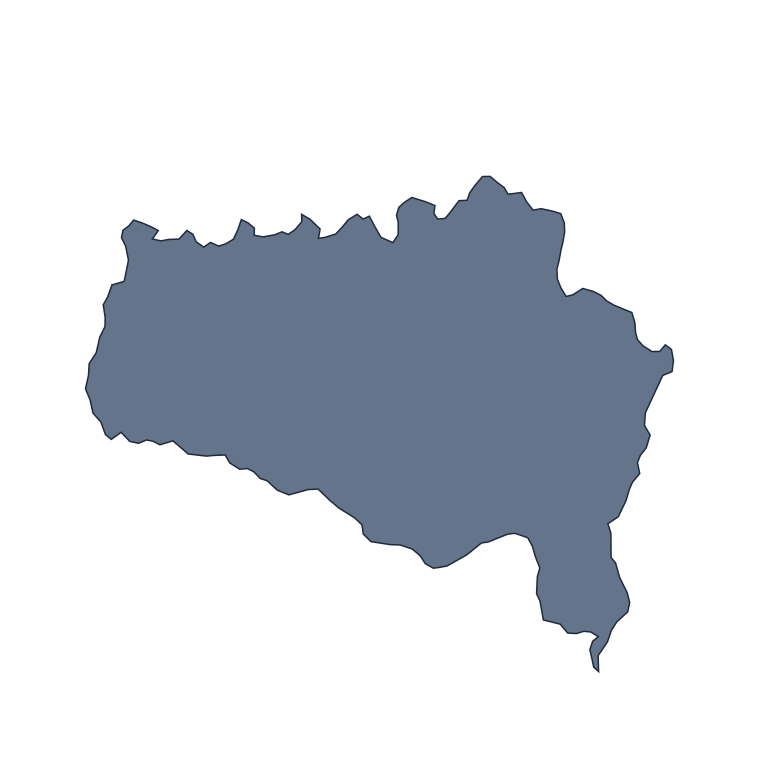 Campo do Tenente, Paraná, Brazil, rotated 14°
{"feature_id": "56859067B28221247728736", "entity_name": "Campo do Tenente", "entity_type": "district", "adm_level": 2, "iso_a3": "BRA", "parent_name": "Brazil", "parent_adm1": "Paraná", "projection": "albers", "projection_center": [-49.655, -25.98], "detail": "fine", "context": "isolated", "style": "filled", "palette": "slate", "viewbox_px": 768, "rotation_deg": 14, "n_neighbors": 0, "source": "geoboundaries", "source_scale": "gbopen_adm2", "svg_char_len": 2593}
<svg xmlns="http://www.w3.org/2000/svg" viewBox="0 0 768 768"><g transform="rotate(14 384 384)"><path d="M660.5,302.3L659.2,291.3L654.6,281.0L647.5,277.9L643.7,285.7L636.1,287.7L625.9,284.2L619.2,279.6L615.6,273.1L612.6,263.8L607.2,254.7L595.4,253.0L587.7,251.8L580.0,249.5L573.2,245.5L565.0,243.6L553.8,243.2L545.6,251.8L539.5,255.0L532.4,247.9L526.9,240.4L524.0,231.0L524.0,221.2L523.3,211.2L523.3,203.0L522.5,192.8L520.0,184.1L514.3,175.9L505.2,175.5L493.9,175.9L486.7,179.3L478.3,172.7L471.1,164.9L458.4,169.9L453.2,164.4L445.7,161.3L436.7,156.9L429.3,158.9L424.3,169.2L420.9,177.8L420.2,185.6L412.4,188.0L409.5,194.8L406.4,202.2L403.2,208.6L396.1,210.9L391.2,206.5L390.3,198.6L380.4,197.1L365.9,196.3L360.0,202.6L355.7,208.9L355.3,217.2L358.6,223.5L361.6,235.6L358.5,244.7L345.5,242.4L336.5,232.9L329.2,224.7L323.8,229.0L316.8,225.8L309.6,233.3L305.5,241.9L300.8,250.2L291.5,255.9L285.2,258.5L284.5,249.1L272.5,242.1L263.0,239.3L265.0,246.4L260.3,255.8L254.8,262.0L248.3,261.0L242.0,265.6L231.1,270.5L222.1,271.1L220.5,264.1L213.0,260.5L205.8,259.0L204.9,269.6L202.9,279.9L196.3,286.5L190.0,290.2L181.4,288.6L176.0,294.8L167.3,291.4L162.4,285.0L155.6,282.7L150.0,293.0L140.4,295.7L132.9,299.1L124.2,299.3L127.9,289.8L119.9,287.8L110.9,286.3L101.4,285.5L98.2,292.2L93.5,298.1L93.9,305.6L100.0,312.7L106.1,325.7L107.1,347.3L96.1,353.6L94.8,366.5L92.4,375.0L97.3,386.8L99.4,395.8L96.9,407.2L97.2,423.3L93.0,435.6L95.2,447.4L95.5,460.8L102.7,470.6L108.7,482.7L118.5,489.4L126.0,500.5L132.8,503.7L140.6,494.5L151.2,501.2L160.1,500.9L167.1,495.8L173.8,495.4L181.2,497.2L192.9,490.3L199.9,493.7L210.9,499.3L229.3,496.9L235.8,494.6L247.1,491.3L253.4,497.9L264.5,501.6L271.9,499.1L278.9,500.7L286.7,505.6L294.1,506.2L306.2,512.9L318.5,514.6L335.9,504.8L345.5,501.9L359.3,509.9L370.6,515.4L387.6,520.9L396.7,526.0L400.3,534.7L409.5,540.1L429.2,538.3L438.6,536.3L451.3,537.3L460.5,541.8L467.6,548.4L476.4,550.8L482.5,548.4L489.2,545.3L505.4,530.0L517.1,514.6L523.2,512.2L540.1,499.9L547.2,497.2L560.7,498.4L567.3,505.6L572.7,515.0L579.7,524.8L579.4,533.9L582.8,550.7L587.8,556.7L595.7,574.4L605.6,574.4L613.0,574.4L622.5,581.2L631.1,579.6L637.7,575.6L644.7,574.6L653.0,577.3L648.7,583.2L648.0,591.8L656.0,608.0L661.8,611.1L657.5,595.8L663.2,580.1L664.3,567.8L667.5,558.3L675.6,546.2L675.2,536.4L670.4,527.6L665.7,522.1L659.4,514.6L652.0,501.7L646.3,497.4L640.3,474.0L635.0,465.4L643.4,456.2L647.1,438.3L647.5,427.2L648.9,419.0L653.8,409.0L648.9,398.9L650.0,391.3L653.9,382.3L654.6,369.2L646.7,361.1L644.6,348.5L652.4,308.2L660.5,302.3Z" fill="#64748b" stroke="#1e293b" stroke-width="1.5"/></g></svg>